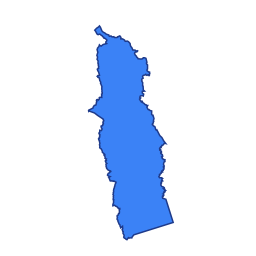 the district of Belén, Catamarca, Argentina, rotated 342°
{"feature_id": "61730980B98918352953876", "entity_name": "Belén", "entity_type": "district", "adm_level": 2, "iso_a3": "ARG", "parent_name": "Argentina", "parent_adm1": "Catamarca", "projection": "robinson", "projection_center": [-66.858, -26.985], "detail": "fine", "context": "isolated", "style": "filled", "palette": "blue", "viewbox_px": 256, "rotation_deg": 342, "n_neighbors": 0, "source": "geoboundaries", "source_scale": "gbopen_adm2", "svg_char_len": 5852}
<svg xmlns="http://www.w3.org/2000/svg" viewBox="0 0 256 256"><g transform="rotate(342 128 128)"><path d="M166.6,67.3L165.6,66.4L164.2,65.9L163.3,66.6L161.8,66.5L158.9,65.2L158.9,64.4L158.2,63.3L158.2,62.3L157.4,60.9L157.3,58.9L158.1,58.1L160.0,58.3L161.6,57.3L160.5,57.7L160.1,57.5L159.1,56.7L158.8,56.1L156.7,55.3L156.5,52.7L155.9,51.4L155.8,49.8L156.1,48.6L155.8,47.5L155.0,45.9L154.0,45.0L152.9,45.0L152.1,44.6L151.9,43.3L150.4,41.6L148.7,41.0L149.3,39.6L148.7,37.9L148.1,37.8L147.1,38.2L146.4,38.0L145.8,38.5L145.0,38.4L143.2,37.8L142.9,37.5L142.8,36.8L141.5,36.6L140.7,36.1L140.3,35.2L138.7,35.1L138.4,34.5L138.5,33.6L136.3,32.0L135.3,30.4L134.4,29.6L133.5,28.4L133.2,27.5L132.9,23.7L132.4,22.1L131.2,22.8L129.0,23.4L126.6,24.7L127.1,26.1L127.5,28.8L127.9,29.5L128.4,30.0L130.0,29.9L130.7,30.5L131.1,31.5L132.1,32.6L132.2,33.4L133.0,34.4L132.9,35.2L134.0,35.8L135.1,37.8L134.6,38.6L133.6,39.2L133.4,39.6L133.2,40.3L133.7,41.1L130.2,40.9L127.8,41.8L127.0,41.1L126.5,40.1L125.5,41.5L123.7,42.6L123.4,43.3L122.9,43.6L122.7,45.4L122.8,46.5L120.8,49.4L121.0,50.7L120.6,52.0L119.8,53.0L120.3,55.0L119.6,56.7L119.4,57.4L119.6,57.7L119.3,58.4L119.4,58.9L119.0,59.5L119.1,60.6L118.6,61.3L118.4,62.3L117.2,62.4L116.9,62.9L117.1,64.9L117.3,65.4L117.2,69.1L116.6,69.2L115.6,68.8L114.9,69.2L115.1,69.3L115.0,70.5L116.2,71.5L115.8,74.1L116.2,75.7L116.0,76.7L115.7,76.9L116.0,80.4L115.1,82.8L114.8,84.6L114.3,85.6L114.5,86.3L114.1,87.4L113.3,87.6L113.2,88.9L112.8,89.2L112.5,90.8L110.7,90.1L110.1,90.2L109.6,91.6L108.3,92.3L107.9,91.5L107.1,91.4L106.5,91.9L106.5,93.3L105.9,93.7L105.8,94.2L104.6,96.2L102.9,96.1L101.3,97.4L100.9,98.2L96.1,98.9L95.8,99.4L95.8,99.9L96.1,99.7L100.8,103.4L102.9,106.5L107.1,111.8L107.2,113.0L107.4,113.2L107.1,113.1L107.2,113.7L105.9,114.7L106.1,115.8L105.8,116.0L105.8,116.4L105.2,116.6L105.0,117.4L104.3,117.9L103.9,117.7L103.4,118.1L102.9,118.0L102.7,119.6L103.1,120.3L102.7,121.5L101.8,122.2L100.5,121.4L99.6,123.5L98.8,123.8L98.7,124.4L99.0,124.8L98.8,125.6L99.1,125.8L98.8,126.2L98.8,126.9L98.3,127.3L98.2,128.0L97.6,128.2L97.4,129.0L96.7,129.1L96.5,130.3L97.0,131.1L96.7,131.6L96.5,134.0L95.7,135.1L95.6,136.7L95.0,137.9L95.4,139.0L96.1,139.5L96.4,142.1L96.1,143.2L97.2,144.9L97.1,145.3L97.7,145.8L97.7,146.1L96.9,146.0L96.8,146.4L96.9,146.9L97.3,147.1L97.1,149.4L96.8,149.7L97.7,150.6L97.4,150.7L97.3,151.3L97.5,152.1L97.2,152.3L96.5,152.1L96.2,152.4L96.4,154.1L96.9,155.1L96.3,155.2L95.8,155.7L95.6,157.2L95.2,158.0L95.4,158.8L95.2,159.6L95.9,161.6L97.3,163.0L98.1,163.4L98.3,163.9L98.0,164.2L96.8,164.4L96.4,164.9L95.3,165.0L94.3,165.9L93.9,166.5L94.5,167.6L96.0,168.7L94.5,169.1L94.7,169.4L94.5,170.3L94.7,170.9L94.6,171.6L94.8,172.9L95.8,173.0L96.0,173.3L97.4,173.7L97.4,174.1L98.8,174.5L99.1,175.2L99.8,175.6L99.7,176.3L98.4,177.5L97.1,179.8L96.8,179.9L96.3,181.0L95.7,181.5L94.9,183.0L94.6,184.4L94.1,184.7L93.8,185.9L93.2,186.5L93.4,187.9L92.8,188.6L92.6,189.9L91.8,191.1L92.3,192.0L91.8,192.3L91.4,194.1L89.9,196.3L89.6,197.3L91.4,197.3L92.2,198.7L93.1,199.2L93.2,199.7L93.7,200.4L93.6,200.8L94.2,201.3L94.3,201.8L95.3,202.0L95.1,202.8L94.4,203.2L93.9,205.3L93.3,206.5L92.6,206.4L91.7,207.8L90.7,207.9L90.3,208.8L90.3,209.9L89.8,210.4L89.4,211.7L89.9,212.5L89.6,213.6L89.9,217.0L90.4,217.7L90.1,218.9L90.3,219.8L90.2,220.6L92.4,219.8L91.8,222.3L91.1,222.6L91.1,224.7L91.4,225.0L90.7,226.5L91.1,228.5L91.0,229.3L90.2,230.5L90.5,231.6L91.2,232.1L91.8,233.3L92.5,233.9L94.5,232.4L95.0,233.1L95.7,233.0L97.7,233.7L98.3,232.9L100.6,231.4L141.8,231.8L142.0,207.5L139.3,205.5L139.5,205.1L139.3,204.6L139.6,203.8L140.2,203.8L140.1,203.3L141.2,203.1L141.4,201.9L141.2,201.7L141.5,201.7L141.7,200.8L142.5,200.6L142.3,200.2L142.4,199.9L143.3,200.0L143.4,199.3L143.8,199.5L144.0,199.0L144.4,199.0L143.3,197.2L144.0,197.5L143.9,196.8L143.5,196.4L144.0,195.9L143.3,194.9L142.5,194.5L142.0,193.8L141.6,192.7L141.7,192.3L141.9,192.2L141.9,191.4L142.1,191.0L142.6,190.9L142.5,190.3L143.0,190.1L143.0,189.6L143.5,189.5L143.6,189.1L144.0,189.0L143.9,188.7L144.6,188.9L144.3,187.4L144.5,186.9L145.1,186.7L144.7,186.4L144.9,186.0L144.5,185.6L142.6,185.0L142.3,183.8L143.6,182.7L143.6,182.1L144.0,182.2L144.2,181.7L145.3,181.5L145.8,181.1L145.7,180.8L146.6,180.5L146.6,180.1L146.8,180.2L146.7,179.9L147.0,179.8L146.7,179.6L146.9,179.3L147.9,179.4L148.4,179.2L148.7,178.3L149.5,178.2L150.0,176.8L149.6,176.5L149.7,176.0L150.2,176.3L150.3,176.1L150.2,175.6L150.7,175.3L150.5,173.8L151.0,172.5L152.2,171.2L152.8,171.3L153.1,170.0L153.4,169.7L153.2,169.4L151.9,169.0L151.7,168.0L151.2,167.5L151.4,166.7L151.1,165.9L152.1,165.7L151.9,165.2L152.5,164.6L152.3,163.8L151.3,162.4L151.6,162.0L151.5,161.5L151.9,161.1L152.3,161.4L152.6,160.4L151.3,158.9L151.5,158.2L152.2,158.3L151.8,157.1L153.2,156.1L153.5,156.4L153.5,156.0L154.4,155.7L154.8,155.0L155.5,155.2L156.9,154.6L157.6,153.8L158.2,153.8L159.1,154.4L158.0,151.3L157.3,147.6L155.9,145.0L154.9,138.8L154.5,139.0L153.9,138.1L154.0,135.2L153.8,134.7L152.9,134.0L152.6,133.1L152.7,132.8L152.2,132.3L152.7,131.4L153.7,131.0L153.9,130.0L154.5,129.7L154.6,128.5L155.6,127.2L155.7,125.1L155.5,124.6L155.8,123.7L155.3,123.5L154.7,122.3L155.8,119.1L154.2,118.0L153.7,117.0L153.1,116.9L152.8,116.4L152.4,114.0L153.7,112.7L152.7,112.3L152.4,111.5L151.7,111.3L150.7,109.4L149.2,107.7L149.6,107.7L149.9,107.2L149.7,106.8L148.7,106.8L148.6,106.2L148.1,105.6L148.2,105.0L147.9,104.1L149.3,103.4L148.7,102.8L148.7,102.4L149.7,101.3L151.8,101.7L152.4,102.3L153.4,100.6L152.4,99.2L152.9,97.6L155.1,98.0L154.3,96.7L155.3,92.8L154.9,92.4L156.0,89.4L155.6,87.9L155.9,87.5L155.8,86.7L156.2,85.8L157.8,85.3L157.7,83.6L157.9,83.3L158.8,82.7L160.7,82.8L161.4,82.5L161.4,82.9L162.3,83.8L163.6,83.5L164.2,84.7L164.6,84.5L164.6,84.0L165.5,83.1L165.8,81.5L165.1,81.3L163.8,79.4L164.1,78.5L164.8,77.9L166.1,74.0L165.6,73.1L165.6,71.9L166.3,71.4L166.6,67.3Z" fill="#3b82f6" stroke="#1e3a8a" stroke-width="1.5"/></g></svg>